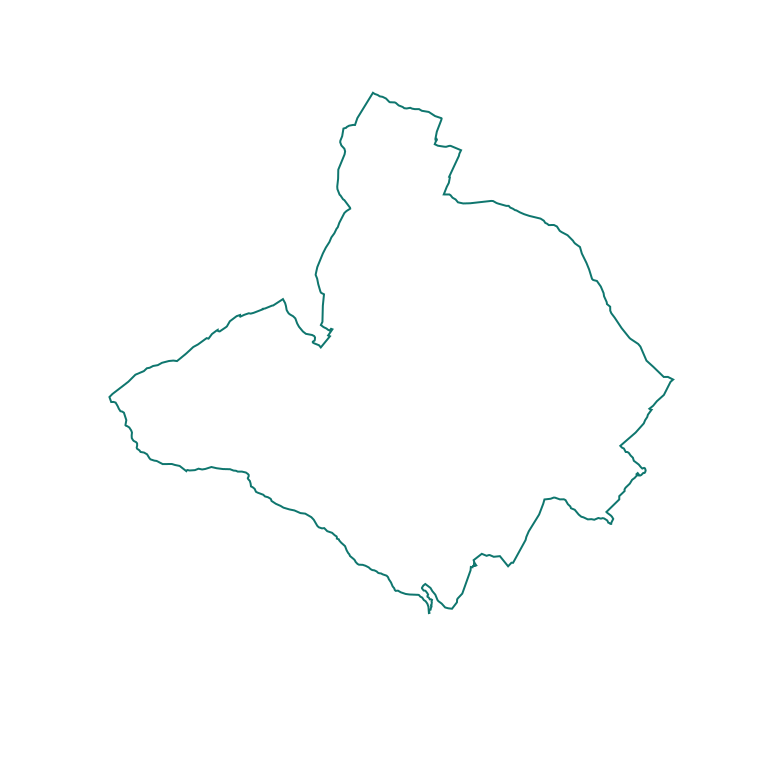 Glavile, Vâlcea, Romania (Equal Earth projection), rotated 145°
{"feature_id": "2599482B20741019236133", "entity_name": "Glavile", "entity_type": "district", "adm_level": 2, "iso_a3": "ROU", "parent_name": "Romania", "parent_adm1": "Vâlcea", "projection": "equal_earth", "projection_center": [24.125, 44.814], "detail": "fine", "context": "isolated", "style": "outline", "palette": "teal", "viewbox_px": 768, "rotation_deg": 145, "n_neighbors": 0, "source": "geoboundaries", "source_scale": "gbopen_adm2", "svg_char_len": 6166}
<svg xmlns="http://www.w3.org/2000/svg" viewBox="0 0 768 768"><g transform="rotate(145 384 384)"><path d="M270.7,616.5L276.1,611.0L280.1,608.4L281.2,607.2L282.1,603.8L281.5,599.5L282.4,596.9L284.6,594.7L298.5,585.8L303.9,578.4L309.1,572.5L310.4,570.3L311.8,564.5L311.5,563.4L311.6,558.8L311.0,557.3L310.7,547.9L311.1,547.0L315.6,547.2L318.4,546.8L328.1,541.7L332.0,538.9L333.8,538.4L338.3,535.9L343.0,534.3L347.3,531.6L353.4,529.1L359.2,526.0L371.6,518.0L376.3,513.7L377.4,512.6L378.3,508.7L380.6,503.5L383.1,496.1L383.2,494.7L381.7,491.9L389.2,483.2L398.8,470.2L401.9,468.5L400.9,465.3L399.3,462.4L398.8,460.6L397.9,459.0L395.7,459.6L394.9,458.4L401.9,455.8L400.9,454.1L414.8,450.2L415.0,453.0L417.9,457.4L418.5,458.8L418.0,459.5L415.9,459.4L415.3,459.9L413.8,461.7L413.7,463.3L414.8,465.4L419.2,469.9L420.3,473.5L420.8,479.6L420.4,483.4L419.0,488.6L419.6,491.7L421.0,494.6L421.6,496.5L421.5,498.9L421.3,500.5L419.6,504.1L418.6,507.0L418.1,511.5L429.8,511.9L430.7,512.4L438.2,514.1L440.2,515.1L440.4,514.7L450.1,517.1L452.8,518.1L454.2,519.5L458.7,520.8L463.1,521.6L463.1,522.3L462.4,523.1L465.8,524.1L474.3,523.8L479.6,521.3L480.7,521.2L488.4,521.3L489.5,522.4L489.6,523.1L489.2,523.7L490.7,523.8L496.3,523.6L501.7,521.8L503.0,523.3L513.7,523.1L519.0,523.7L528.5,522.4L540.4,521.5L543.1,524.0L547.0,526.2L553.7,528.7L558.5,529.2L562.8,531.2L566.6,531.7L569.2,532.9L573.3,532.3L582.3,534.2L592.1,532.5L612.1,531.6L616.4,530.8L617.8,525.7L615.8,524.4L614.5,522.7L614.9,518.3L615.4,515.9L615.5,512.9L614.3,511.6L613.5,509.7L615.8,502.2L619.4,498.6L619.3,497.8L618.5,496.7L617.6,494.5L617.7,491.0L618.3,488.8L620.2,486.6L621.6,484.4L621.8,482.3L621.7,481.0L620.4,478.5L620.3,477.0L621.4,475.3L623.1,473.7L623.4,472.7L622.4,469.9L622.4,468.0L619.9,465.5L618.4,462.3L618.7,457.7L618.5,456.2L616.1,453.0L614.4,451.4L611.2,445.3L603.7,440.2L601.7,437.6L598.4,434.1L595.9,426.0L595.0,426.4L594.3,426.2L592.9,424.7L588.3,421.9L584.5,421.0L582.0,418.3L579.1,416.9L573.0,415.0L569.4,411.0L564.7,406.7L559.0,402.5L556.9,399.4L555.0,397.8L554.1,396.2L550.7,393.8L547.9,390.7L547.1,388.4L547.0,387.1L547.8,386.0L549.6,385.0L549.8,383.8L549.5,381.5L550.4,378.9L551.7,376.4L550.8,374.8L550.1,372.3L550.7,369.2L549.9,367.6L546.4,362.5L546.0,360.2L544.0,357.8L542.8,355.2L542.7,354.4L543.2,352.7L543.0,352.2L541.3,347.9L538.6,343.4L537.3,340.4L533.4,335.5L529.9,331.8L526.5,326.2L522.9,323.0L519.9,316.6L519.4,313.1L520.0,306.1L519.6,304.0L517.6,301.3L515.6,300.2L514.9,296.0L511.9,291.9L511.1,288.3L510.3,286.4L510.5,285.5L511.3,284.4L510.1,282.6L510.4,281.7L510.1,278.7L508.9,273.5L510.0,269.2L510.3,266.0L510.1,264.5L510.5,262.6L509.2,257.8L509.0,256.4L509.3,254.6L508.9,251.8L508.2,250.4L505.2,248.1L503.4,245.7L501.7,242.5L501.2,240.1L500.3,238.3L498.8,236.9L497.5,234.6L497.2,232.9L496.6,231.9L495.0,230.4L494.3,228.9L491.8,225.5L491.5,223.5L492.0,221.3L492.1,217.4L493.0,213.2L492.8,210.8L493.3,209.1L493.1,207.9L491.1,206.7L489.7,203.7L486.7,199.6L483.9,197.0L476.7,191.5L476.4,191.0L476.2,189.0L475.2,187.1L475.3,184.2L474.5,182.2L474.5,179.1L475.4,176.0L478.6,170.6L478.1,170.4L476.9,172.8L475.3,172.4L474.1,173.6L472.9,174.3L472.6,174.6L472.8,175.2L472.2,175.5L472.2,175.9L471.7,175.9L470.0,177.8L469.9,178.4L468.5,179.6L469.0,180.7L470.0,181.3L469.8,183.4L470.4,184.6L470.1,185.4L468.7,186.1L468.5,187.7L468.6,190.5L468.9,191.2L470.0,192.1L470.1,194.8L469.8,195.3L467.5,196.3L464.9,196.5L462.9,190.3L463.2,186.6L462.8,182.0L464.1,176.3L464.0,174.9L462.7,171.0L462.1,165.9L460.0,163.4L457.2,160.9L449.5,163.3L447.7,165.5L446.8,166.0L440.1,167.4L420.0,181.7L417.8,184.3L416.6,183.1L415.5,183.9L414.0,182.8L413.0,182.6L413.2,183.0L412.5,183.1L412.4,185.2L413.4,185.1L412.1,186.7L411.6,188.3L401.3,188.8L398.5,184.4L396.4,183.8L395.5,183.2L393.2,179.5L387.8,176.5L386.9,163.5L382.1,164.5L380.8,163.5L357.5,175.0L355.1,177.1L349.9,180.3L331.8,188.1L322.2,194.6L318.8,197.4L313.3,194.4L310.1,193.6L309.1,192.8L306.1,188.6L302.8,186.4L301.9,184.8L302.3,180.0L301.6,176.8L302.1,175.0L299.9,171.6L299.4,165.4L298.5,162.1L297.1,160.4L294.7,156.2L291.6,154.3L289.6,152.2L285.3,151.3L283.5,149.3L281.8,148.7L280.8,147.6L279.4,144.2L279.8,141.7L279.2,141.0L278.8,139.6L278.1,139.1L277.3,140.0L273.6,142.0L273.4,144.5L273.6,146.1L275.0,150.4L275.2,151.6L257.5,154.5L255.6,157.2L248.3,158.3L247.4,159.7L245.6,160.5L239.8,161.4L235.7,163.2L232.5,163.3L229.1,164.1L228.9,165.3L227.3,165.5L227.2,163.8L228.5,163.6L226.7,162.1L225.5,161.9L222.6,162.4L221.6,161.7L220.3,162.2L219.2,163.2L218.6,165.1L219.1,166.1L220.9,166.6L221.3,168.7L221.5,171.9L223.4,177.8L222.4,180.9L223.0,183.9L223.0,187.2L223.6,188.6L225.0,189.7L224.5,193.5L225.6,195.5L225.9,197.8L205.7,199.9L193.8,202.7L190.8,204.6L187.4,205.9L185.4,207.5L179.7,209.4L180.3,210.0L180.8,211.5L176.0,211.8L170.3,213.4L161.0,214.5L148.1,221.4L144.6,221.8L147.4,227.0L150.8,229.3L153.5,243.4L155.6,252.6L152.5,267.6L152.8,271.0L156.2,279.7L156.5,281.1L157.3,293.5L157.0,306.0L157.2,311.6L156.6,314.3L154.4,317.6L155.5,321.6L154.6,323.4L153.4,329.7L152.0,332.5L150.5,339.5L150.5,346.3L153.0,349.2L153.3,350.8L150.3,360.1L148.7,367.1L147.1,377.4L144.9,383.8L146.9,389.5L147.1,391.3L147.0,392.9L148.3,400.6L151.4,406.6L152.2,408.7L152.0,413.8L153.6,416.8L157.9,419.7L158.4,421.6L159.5,423.5L159.4,426.1L160.9,429.7L168.5,438.3L171.8,442.7L174.2,446.6L176.0,450.3L176.9,451.2L177.9,453.7L179.4,456.1L179.7,458.4L181.6,459.7L186.9,466.2L188.0,467.7L189.7,471.3L191.2,472.5L209.7,482.6L215.6,486.5L219.2,490.4L219.5,494.1L221.0,497.3L221.2,500.4L221.7,501.7L226.3,505.0L219.5,509.5L215.5,511.6L211.5,515.5L211.9,516.3L191.8,527.9L190.2,529.4L186.8,531.3L192.8,540.8L193.9,541.6L197.1,542.7L198.6,543.9L203.2,548.3L204.9,551.3L202.7,552.8L200.6,553.7L200.4,554.6L201.3,554.7L201.6,554.8L201.4,555.2L196.0,560.4L185.8,567.3L184.6,568.3L184.5,568.8L188.5,574.2L191.3,581.2L196.3,586.1L197.6,589.0L201.0,591.4L203.0,593.4L204.1,595.2L207.4,596.7L209.2,598.3L209.8,600.2L212.2,603.8L213.1,607.5L213.7,608.5L217.5,611.4L217.9,612.2L218.6,616.7L220.5,620.1L222.5,622.1L223.4,624.4L225.2,626.9L226.0,628.9L253.3,617.1L259.2,612.8L260.6,613.9L264.4,615.6L267.2,615.9L268.0,615.6L270.7,616.5Z" fill="none" stroke="#0f766e" stroke-width="2"/></g></svg>